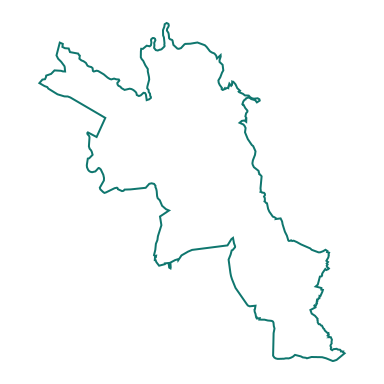 Jalcomulco, Veracruz, Mexico (Mercator projection)
{"feature_id": "50627088B48906851597033", "entity_name": "Jalcomulco", "entity_type": "district", "adm_level": 2, "iso_a3": "MEX", "parent_name": "Mexico", "parent_adm1": "Veracruz", "projection": "mercator", "projection_center": [-96.756, 19.335], "detail": "fine", "context": "isolated", "style": "outline", "palette": "teal", "viewbox_px": 384, "rotation_deg": 0, "n_neighbors": 0, "source": "geoboundaries", "source_scale": "gbopen_adm2", "svg_char_len": 5857}
<svg xmlns="http://www.w3.org/2000/svg" viewBox="0 0 384 384"><path d="M245.5,99.5L246.0,98.4L248.3,97.5L249.8,98.0L251.3,99.1L255.2,100.2L256.9,102.4L259.7,100.6L259.4,99.3L257.7,98.3L253.9,98.7L252.1,98.3L250.3,97.3L248.7,95.6L244.9,95.4L242.9,93.8L239.2,92.2L238.7,91.7L240.0,90.7L237.3,88.2L235.5,84.3L233.4,81.9L233.1,82.1L232.2,81.6L232.0,84.9L231.2,85.8L229.4,83.6L228.9,85.3L229.4,85.6L228.6,86.2L228.7,86.8L228.2,87.3L228.2,88.1L227.4,87.8L225.3,88.9L224.9,88.2L223.6,89.7L222.5,89.9L221.6,89.0L221.9,87.9L219.7,84.9L218.7,82.7L218.4,80.4L220.3,77.2L222.0,72.7L223.3,70.4L222.6,64.8L219.6,62.0L219.5,60.3L220.7,56.6L220.6,55.1L217.0,58.5L216.1,55.5L214.4,53.5L211.7,52.4L209.9,51.2L206.6,46.9L204.8,45.2L197.4,42.5L190.3,43.7L185.3,43.9L184.4,44.4L181.0,48.1L178.8,48.8L177.4,48.6L173.4,44.9L172.5,40.5L172.0,39.9L170.0,39.2L169.1,38.2L168.7,34.1L168.3,32.7L166.9,30.6L167.1,28.9L168.5,26.6L168.8,25.3L168.4,23.9L166.6,23.0L164.7,24.2L164.3,26.8L163.0,30.1L163.1,35.4L163.9,37.4L164.5,43.2L164.3,44.9L164.6,45.9L164.4,46.5L161.6,49.2L160.5,49.7L159.7,49.7L157.8,50.5L155.8,50.1L154.1,47.9L154.4,45.3L154.2,42.9L155.4,40.2L155.0,38.8L154.0,38.1L152.8,38.0L151.5,38.9L151.0,40.0L151.4,42.7L150.9,45.3L149.7,46.3L146.7,45.7L142.8,48.9L141.2,48.8L140.9,51.3L140.8,57.3L141.7,59.1L143.2,60.8L145.4,65.4L147.8,69.0L147.8,71.5L149.0,77.1L149.2,79.6L147.4,86.4L147.2,88.3L148.6,90.1L148.7,91.9L150.0,93.7L150.2,95.8L150.9,97.0L150.9,97.9L149.2,99.3L146.7,100.1L145.9,94.5L145.0,93.0L143.5,92.8L140.7,95.4L138.9,96.0L136.8,95.0L136.4,93.1L135.6,91.9L133.5,90.1L131.6,89.1L129.7,88.7L124.6,89.9L121.5,88.1L120.4,86.7L118.5,85.8L117.6,84.6L117.3,83.0L119.3,80.6L118.8,79.5L116.2,79.3L114.1,78.6L111.3,79.4L109.7,78.9L107.6,77.6L103.7,74.3L98.3,71.1L96.7,70.7L93.8,71.5L92.9,70.9L92.6,68.2L91.4,67.1L88.8,66.4L87.5,65.7L85.9,62.9L83.5,61.2L81.4,60.4L79.4,58.7L79.8,55.6L78.8,54.8L78.2,53.6L70.0,52.1L68.7,48.5L64.9,48.2L62.4,46.9L62.8,43.9L59.8,42.6L56.5,55.4L58.1,58.7L61.2,61.8L64.4,66.1L64.7,67.1L65.1,71.5L62.9,71.4L61.1,70.8L54.5,70.4L51.1,73.9L46.2,75.6L45.9,77.3L45.0,79.2L42.4,79.6L39.4,83.1L44.6,86.1L47.3,87.1L48.3,88.6L57.5,94.3L64.4,96.4L67.8,96.5L70.4,97.5L105.3,117.9L96.6,137.0L87.9,132.4L87.3,133.1L87.5,134.1L89.2,136.1L89.5,137.4L88.9,146.4L89.6,148.7L91.1,150.4L91.8,151.9L92.6,154.8L89.2,158.3L87.8,158.6L86.8,165.2L87.0,167.3L88.1,169.8L89.0,170.9L90.4,171.8L92.1,172.2L95.4,171.4L98.5,168.0L99.4,168.2L100.8,169.5L103.3,174.8L104.0,178.0L103.9,180.5L99.8,187.7L100.3,189.3L103.1,192.0L104.4,192.9L105.8,192.5L114.6,188.2L116.9,187.7L117.6,188.2L117.9,189.2L122.0,191.1L123.5,190.8L124.6,189.6L130.6,189.4L145.7,187.8L149.3,183.8L151.6,183.3L154.1,183.9L155.5,185.8L155.4,187.0L156.2,188.9L156.7,191.1L157.1,196.1L157.7,198.2L159.8,200.3L162.1,205.8L166.0,209.2L169.0,210.5L160.0,216.5L161.4,225.2L157.9,236.3L157.4,240.1L155.9,243.8L155.3,249.9L154.0,255.2L154.9,255.9L156.1,255.7L155.9,256.8L155.4,256.5L155.0,257.1L154.8,260.1L155.6,260.1L156.4,262.2L159.1,265.7L164.8,264.2L164.8,263.4L168.6,263.0L169.2,267.6L170.5,268.4L170.7,267.4L170.4,262.6L175.1,260.1L178.0,259.2L178.2,260.3L181.5,255.4L188.1,251.6L192.1,249.9L227.5,245.4L231.4,239.1L233.0,237.9L234.0,243.3L235.1,246.3L235.0,247.3L232.6,250.1L231.7,250.4L230.6,254.6L228.6,259.6L230.4,272.9L231.0,276.0L232.0,279.2L235.5,287.9L247.1,304.6L248.0,305.6L249.7,306.3L255.5,305.7L254.9,309.2L254.5,309.6L254.7,311.8L255.5,313.9L255.9,316.1L256.8,317.3L256.9,317.9L256.5,317.9L256.8,318.5L259.7,318.2L259.4,319.6L264.6,319.7L267.8,320.5L271.2,320.8L272.5,321.2L273.1,321.8L273.5,322.8L273.8,326.0L274.5,328.5L273.6,333.1L273.1,355.7L274.3,357.5L275.7,358.4L277.7,358.9L284.0,358.7L286.0,358.3L288.7,358.4L290.7,357.8L292.9,356.7L295.0,354.9L300.9,356.4L302.8,357.4L305.9,357.8L306.9,358.3L311.5,357.0L322.1,357.2L326.1,358.3L332.7,361.0L333.6,360.9L336.6,359.9L344.6,353.3L343.0,352.2L343.2,351.5L340.9,351.4L340.9,350.7L340.1,349.8L337.7,349.5L336.7,348.8L333.4,349.2L332.2,350.2L330.9,349.3L330.8,348.3L331.2,347.3L330.6,346.4L330.5,345.4L331.7,343.3L331.5,342.0L331.9,339.7L330.8,337.2L329.4,337.2L329.7,337.0L327.7,335.7L328.7,334.7L328.2,334.1L328.5,333.7L328.4,333.0L327.6,333.1L324.8,330.5L324.2,329.0L323.4,328.5L322.0,325.7L321.1,325.5L319.8,324.1L318.7,324.1L317.7,322.4L317.7,320.3L317.3,319.9L317.6,318.8L315.0,315.8L311.7,313.6L310.4,310.0L315.4,307.4L314.3,305.7L314.6,305.3L315.8,305.7L316.9,303.5L316.4,303.2L317.2,301.7L317.3,301.4L316.8,301.2L317.1,299.5L318.1,299.4L318.6,298.3L319.4,298.2L319.5,295.9L320.4,296.1L322.4,291.6L322.9,289.9L321.3,289.6L321.4,288.0L315.7,286.5L317.8,284.6L319.9,276.6L321.6,276.3L322.2,275.0L322.0,274.2L322.6,272.9L325.3,269.0L326.3,270.0L328.2,269.2L328.9,268.5L327.0,266.8L326.7,265.7L327.6,264.5L326.7,263.5L328.0,262.0L326.4,260.8L328.3,257.5L328.8,255.3L328.6,255.2L328.6,254.0L329.1,252.7L327.1,252.1L327.5,251.1L325.5,249.8L322.9,251.3L320.2,252.3L318.4,252.3L311.7,249.8L310.2,248.4L301.0,244.4L296.9,242.1L293.7,240.7L292.1,241.0L291.1,240.3L289.9,240.9L288.8,240.9L288.3,240.4L286.9,235.7L284.9,231.7L282.6,224.3L282.1,221.5L280.6,218.4L276.0,219.0L276.3,218.5L274.4,217.2L272.8,216.6L269.3,211.6L268.1,208.8L267.0,203.3L266.0,202.9L265.1,201.7L264.5,201.4L264.9,200.3L264.8,198.0L264.0,196.6L265.0,195.0L264.8,193.7L264.0,192.8L262.0,192.6L261.7,192.1L260.5,191.9L260.8,190.7L260.5,188.4L261.6,176.4L261.2,175.7L259.3,174.1L259.5,173.8L258.8,172.6L258.9,172.2L258.5,170.8L253.9,167.2L252.7,164.7L252.4,163.3L252.9,160.3L255.0,154.9L255.5,151.3L253.2,146.1L251.8,145.0L247.8,139.1L245.0,132.3L245.6,128.0L244.5,125.8L243.4,124.5L239.6,122.8L241.8,120.9L244.4,120.5L246.2,121.8L246.3,119.1L245.9,119.3L245.9,118.5L246.3,117.9L245.4,116.4L246.1,113.3L247.4,111.7L247.4,110.6L245.3,108.1L243.9,105.5L243.1,105.1L243.3,104.6L242.4,104.1L243.3,101.5L244.6,99.7L245.5,99.5Z" fill="none" stroke="#0f766e" stroke-width="2"/></svg>